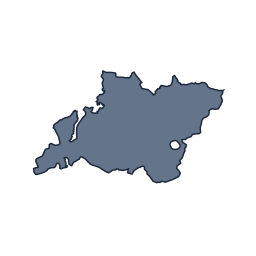 Faradje, Orientale, Democratic Republic of the Congo (Robinson projection), rotated 77°
{"feature_id": "63176286B94121502354965", "entity_name": "Faradje", "entity_type": "district", "adm_level": 2, "iso_a3": "COD", "parent_name": "Democratic Republic of the Congo", "parent_adm1": "Orientale", "projection": "robinson", "projection_center": [29.876, 3.486], "detail": "fine", "context": "isolated", "style": "filled", "palette": "slate", "viewbox_px": 256, "rotation_deg": 77, "n_neighbors": 0, "source": "geoboundaries", "source_scale": "gbopen_adm2", "svg_char_len": 5862}
<svg xmlns="http://www.w3.org/2000/svg" viewBox="0 0 256 256"><g transform="rotate(77 128 128)"><path d="M185.3,115.7L187.7,112.4L187.7,110.8L188.1,109.4L188.1,108.5L187.5,107.0L189.2,103.7L188.3,96.6L186.8,89.6L183.8,87.2L181.1,88.0L178.4,89.6L176.6,89.1L175.8,88.3L174.3,84.7L172.8,84.7L171.7,85.2L169.2,81.9L166.5,80.0L164.9,79.2L163.3,77.7L160.5,77.4L160.0,76.1L158.0,75.0L157.4,75.1L156.8,75.5L154.3,77.9L152.8,78.3L151.7,78.3L151.6,77.1L152.2,74.5L151.2,73.4L150.5,68.4L148.8,66.7L148.9,63.8L149.5,59.7L148.4,58.1L147.0,58.1L144.3,57.6L142.4,56.9L140.8,55.8L137.3,54.4L135.4,52.4L134.6,48.5L133.3,46.5L132.3,45.9L129.5,45.3L128.6,43.9L128.3,41.2L129.4,38.8L129.5,35.5L127.5,33.8L126.4,32.5L123.1,30.1L121.4,29.8L118.1,30.5L116.5,29.2L116.1,28.5L114.8,27.7L114.0,27.8L113.3,27.4L112.7,26.5L112.3,30.0L112.0,30.9L111.0,32.6L110.0,35.1L109.0,36.4L108.2,38.5L106.1,40.7L105.4,40.9L105.1,41.2L103.9,41.2L102.8,41.8L101.5,42.7L100.9,43.8L100.2,46.2L100.6,47.0L100.9,49.2L100.1,51.5L99.2,52.1L99.2,52.4L99.7,53.6L99.6,53.9L99.2,54.3L98.5,56.3L98.9,58.5L99.0,61.7L98.7,62.7L98.1,63.5L97.9,65.8L97.7,66.5L97.4,66.8L97.0,66.9L96.7,66.7L96.2,66.8L95.3,68.1L93.6,69.3L93.4,69.2L92.9,68.8L92.1,69.2L91.4,69.1L89.8,70.0L87.4,70.8L87.6,71.8L88.0,72.7L92.8,74.4L94.8,75.5L96.0,77.0L96.4,80.6L94.1,86.0L94.4,86.6L95.1,86.9L95.3,87.8L95.6,88.0L96.3,87.9L96.7,88.4L96.4,89.8L96.4,90.2L97.1,90.4L97.3,91.3L98.2,92.3L98.3,93.1L98.5,93.2L99.2,93.2L100.6,93.4L100.8,93.6L100.8,94.4L101.0,94.9L101.3,95.0L101.6,95.7L99.7,96.5L95.1,99.9L93.4,103.9L92.5,105.6L88.2,106.7L87.2,105.4L86.9,104.4L83.4,105.9L79.2,108.1L75.7,109.3L75.1,109.3L75.0,110.3L75.2,111.3L75.7,111.9L77.4,112.9L77.7,113.2L77.9,114.0L78.5,114.2L79.1,114.7L79.3,116.5L78.7,117.3L78.8,118.1L78.6,118.7L78.7,119.2L78.0,120.1L77.3,122.1L76.5,124.9L76.3,126.5L75.1,128.0L74.3,128.3L72.7,127.6L71.9,127.8L71.4,128.3L69.7,133.0L69.1,136.2L68.5,137.4L66.8,139.5L67.4,140.1L68.0,140.2L68.6,140.0L69.1,140.2L69.6,140.8L71.7,142.4L72.2,142.3L73.1,141.6L73.8,141.6L74.3,141.1L74.7,140.9L76.9,141.8L78.0,142.9L79.4,143.1L83.6,143.0L83.9,143.3L84.0,144.1L84.4,144.3L85.4,144.3L86.3,143.8L86.5,143.5L86.3,142.8L86.4,142.4L86.8,142.5L87.0,143.4L87.3,143.4L87.6,142.9L88.1,143.0L88.7,143.7L89.1,144.8L89.4,145.3L89.5,146.8L89.2,147.0L89.0,147.9L89.2,148.4L89.8,148.5L91.0,151.1L91.5,151.4L92.5,151.5L93.2,150.8L93.6,150.8L94.3,151.6L94.6,151.6L94.9,151.8L95.0,152.2L94.9,152.8L95.1,153.0L95.9,152.3L96.6,152.4L96.5,152.0L96.8,151.5L97.2,151.4L97.5,151.6L97.8,152.4L98.1,152.7L98.5,152.7L98.8,152.4L98.2,151.6L98.1,151.2L98.7,150.8L98.5,150.5L97.6,150.4L96.8,149.7L97.9,148.3L98.8,148.3L99.0,148.0L98.9,147.6L99.1,147.2L100.2,147.4L100.4,147.0L100.0,146.4L100.2,146.1L100.9,146.1L102.4,147.5L103.0,148.8L102.9,149.8L102.4,150.0L102.1,150.5L102.3,151.0L103.1,151.5L103.2,152.1L103.9,152.2L104.3,152.9L104.8,153.0L105.2,153.6L105.0,154.3L106.4,154.2L106.6,154.4L106.5,154.9L106.1,155.9L106.4,156.7L105.7,157.8L105.4,159.0L104.0,160.3L103.0,159.2L101.7,158.2L100.2,157.5L99.7,158.8L99.9,159.9L100.5,160.7L100.2,161.4L99.7,161.8L99.4,162.3L98.9,162.8L98.4,164.3L97.9,164.8L100.3,167.4L102.0,166.1L104.2,165.9L106.2,166.9L107.7,169.9L110.4,172.5L111.5,174.0L112.8,175.3L114.4,176.9L116.5,178.0L117.8,178.4L120.2,179.0L126.6,180.2L127.0,180.8L127.4,182.5L128.6,185.6L128.7,186.8L128.3,187.3L128.1,187.6L127.0,188.1L126.6,186.5L126.2,186.0L125.5,186.0L125.2,185.5L124.8,185.5L124.1,184.4L123.9,184.3L123.4,184.7L122.4,184.5L121.4,183.4L121.3,182.5L121.1,182.3L119.9,182.2L119.2,181.6L118.8,181.6L118.4,181.9L118.1,181.8L117.4,181.0L116.8,181.0L116.0,180.8L114.9,180.3L114.3,180.4L113.0,179.9L111.6,178.5L109.1,175.2L107.9,175.0L107.3,174.6L106.7,174.6L106.4,175.2L105.8,175.2L105.5,174.9L104.9,174.8L104.6,174.6L104.3,174.5L104.1,174.7L102.7,174.7L101.0,174.1L100.1,174.1L100.2,174.8L99.9,175.1L99.8,175.5L99.1,175.4L99.0,176.0L99.2,176.5L99.7,177.0L99.8,177.7L100.6,178.0L101.7,179.5L102.1,179.7L102.3,180.3L103.1,181.1L103.5,182.1L103.6,183.5L104.2,184.8L103.9,185.7L104.0,187.6L104.6,190.0L105.2,191.1L105.1,191.7L104.8,192.2L105.4,193.4L105.8,193.8L106.7,195.6L107.5,198.0L108.7,199.9L109.2,200.1L110.6,200.2L111.0,200.7L113.3,199.3L114.4,199.3L120.7,197.6L127.7,197.7L128.4,198.5L128.7,199.5L128.7,202.4L127.4,204.4L126.2,205.7L125.7,207.0L126.7,208.6L129.9,209.3L130.1,212.6L130.6,213.4L131.3,214.2L136.1,217.8L137.2,223.2L137.9,224.7L139.7,225.3L145.9,224.3L146.2,225.5L146.0,226.0L146.0,227.3L146.4,229.1L149.9,229.5L152.3,228.5L152.8,227.2L152.3,219.9L151.1,216.4L150.0,215.3L149.4,212.3L150.0,208.8L149.2,207.2L147.6,206.4L146.3,204.9L146.7,203.8L147.5,203.2L149.5,203.0L152.0,203.4L152.8,202.4L152.3,200.2L152.5,196.6L151.6,195.6L151.3,195.6L151.1,195.8L150.9,197.2L148.1,196.4L147.0,196.4L145.8,196.8L144.4,196.3L143.6,196.3L143.0,196.8L142.7,196.0L142.8,194.8L143.2,194.2L144.5,193.2L146.1,193.1L148.2,193.6L150.3,193.4L152.1,191.4L149.0,188.6L148.7,186.7L147.7,184.0L147.6,182.8L147.4,182.4L146.6,182.1L146.0,181.4L145.5,179.8L148.5,176.6L154.8,172.8L156.4,170.6L157.5,168.5L159.4,165.6L160.6,164.2L164.7,160.4L166.5,158.2L167.3,156.9L167.0,156.3L166.7,154.7L165.6,152.6L165.6,151.7L165.9,150.7L166.0,149.8L165.6,148.7L165.1,148.4L165.6,147.1L166.4,146.4L166.8,146.3L168.2,142.5L168.3,139.8L168.0,136.8L169.1,137.5L170.9,138.1L171.4,138.5L171.9,137.9L172.5,136.6L173.0,136.2L173.5,135.3L173.6,134.0L172.3,133.2L171.5,132.4L170.8,131.3L169.8,129.0L168.8,126.2L168.9,125.7L168.9,124.8L168.4,122.6L168.6,121.9L168.9,121.3L169.6,120.9L170.4,120.8L171.5,121.2L172.1,121.2L173.1,120.6L174.4,119.4L176.4,119.5L176.8,119.8L180.5,117.5L185.3,115.7ZM153.2,82.5L153.6,81.9L154.7,81.8L156.2,81.1L157.3,81.2L158.1,81.6L158.8,82.4L159.3,83.4L159.6,84.6L159.7,86.1L158.9,88.7L157.9,89.7L156.9,90.3L153.8,90.9L152.9,90.6L151.3,89.3L150.6,87.0L150.9,84.4L151.9,83.1L153.2,82.5Z" fill="#64748b" stroke="#1e293b" stroke-width="1.5"/></g></svg>